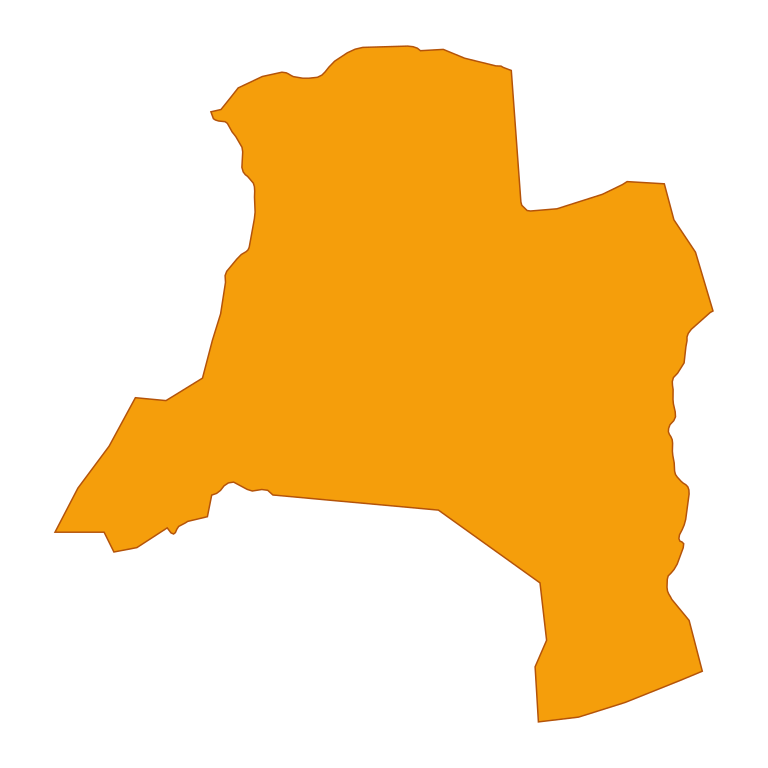 map outline of Télimélé (Equal Earth projection)
{"feature_id": "GIN-5660", "entity_name": "Télimélé", "entity_type": "Prefecture", "adm_level": 1, "iso_a3": "GIN", "parent_name": "Guinea", "parent_adm1": "", "projection": "equal_earth", "projection_center": [-13.393, 10.882], "detail": "fine", "context": "isolated", "style": "filled", "palette": "amber", "viewbox_px": 768, "rotation_deg": 0, "n_neighbors": 0, "source": "natural_earth", "source_scale": "10m", "svg_char_len": 2118}
<svg xmlns="http://www.w3.org/2000/svg" viewBox="0 0 768 768"><path d="M664.3,183.8L673.9,219.8L695.5,252.2L713.0,311.0L710.2,312.5L691.3,329.3L688.3,333.3L687.0,336.9L687.0,340.8L685.9,346.7L684.1,362.9L677.6,373.2L673.4,377.6L672.3,381.6L672.5,385.4L673.1,389.5L673.0,399.6L673.4,403.9L675.2,411.8L675.5,416.8L673.8,420.6L670.0,424.7L668.6,428.5L668.4,431.8L669.4,434.4L671.0,436.9L672.2,439.7L672.6,443.2L672.4,451.2L672.8,455.4L674.2,463.0L674.6,471.1L675.5,474.5L677.2,477.0L681.1,481.3L683.3,483.2L685.8,484.7L687.8,486.8L688.9,489.9L689.1,494.0L685.7,519.4L684.2,524.9L682.2,529.6L679.5,534.8L678.9,538.6L679.9,541.1L681.9,541.9L683.7,543.7L683.2,547.8L677.2,564.1L674.1,569.4L671.1,573.0L668.2,575.9L667.3,579.2L667.0,587.2L667.5,591.1L668.8,594.1L670.4,596.7L671.8,599.4L689.1,620.4L702.3,671.2L682.9,679.3L625.3,702.4L578.6,717.1L538.4,721.9L536.7,693.2L535.1,666.8L546.6,640.3L540.0,582.9L438.4,510.1L330.8,500.3L272.9,495.0L267.7,490.3L261.8,489.5L252.3,491.0L247.2,489.4L233.6,482.1L228.4,482.9L224.1,485.8L220.5,490.4L216.6,493.4L211.7,495.1L207.4,516.7L187.7,521.4L185.4,522.9L178.7,526.4L176.8,529.3L175.4,532.6L173.6,534.0L171.0,532.9L167.2,527.9L136.9,547.6L113.9,552.0L104.1,532.2L55.0,532.2L77.9,488.1L109.1,446.2L135.4,397.7L166.0,400.6L202.5,378.1L212.4,340.3L220.6,313.9L225.5,282.4L225.1,275.6L226.7,271.3L236.9,259.0L241.3,254.5L246.2,251.6L248.0,249.9L249.2,247.3L254.4,218.7L255.1,212.1L254.5,197.1L254.7,191.1L254.4,186.6L253.3,183.1L247.6,176.4L245.3,174.7L243.2,171.9L241.9,167.4L242.7,151.9L242.0,147.3L235.8,136.6L232.1,131.9L227.4,123.4L225.1,121.7L218.6,121.0L215.4,120.0L213.4,118.7L210.9,111.8L221.0,109.5L230.4,97.8L238.2,87.9L262.3,76.5L281.9,72.2L286.2,72.8L288.3,73.8L290.6,75.2L293.3,76.6L302.7,78.2L309.0,78.2L317.4,77.3L321.9,75.1L325.1,71.9L329.0,67.0L334.6,61.2L347.3,52.8L355.1,49.2L362.7,47.4L407.6,46.1L413.1,46.7L417.4,48.2L420.4,50.7L443.3,49.4L464.6,58.2L495.8,65.9L501.0,66.1L503.2,67.4L511.3,70.5L520.9,202.0L521.8,205.3L527.1,210.5L530.5,211.0L556.9,208.8L602.4,194.3L622.4,184.6L627.1,181.6L664.3,183.8Z" fill="#f59e0b" stroke="#b45309" stroke-width="1.5"/></svg>